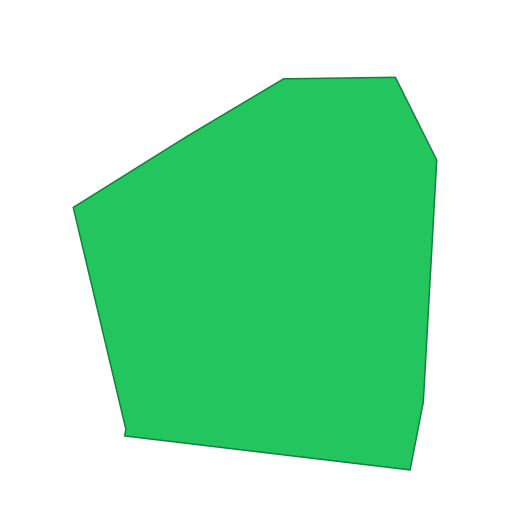 outline of Chateau Belair, Soufrière, Saint Lucia, rotated 279°
{"feature_id": "8701671B28049445861870", "entity_name": "Chateau Belair", "entity_type": "district", "adm_level": 2, "iso_a3": "LCA", "parent_name": "Saint Lucia", "parent_adm1": "Soufrière", "projection": "albers", "projection_center": [-61.053, 13.819], "detail": "fine", "context": "isolated", "style": "filled", "palette": "green", "viewbox_px": 512, "rotation_deg": 279, "n_neighbors": 0, "source": "geoboundaries", "source_scale": "gbopen_adm2", "svg_char_len": 334}
<svg xmlns="http://www.w3.org/2000/svg" viewBox="0 0 512 512"><g transform="rotate(279 256 256)"><path d="M201.7,437.6L378.1,419.6L378.7,419.7L454.3,365.7L452.7,356.3L435.3,255.5L363.9,169.7L275.4,67.9L64.7,154.5L57.7,154.5L68.8,441.7L69.9,441.7L137.8,444.1L201.7,437.6Z" fill="#22c55e" stroke="#15803d" stroke-width="1.5"/></g></svg>